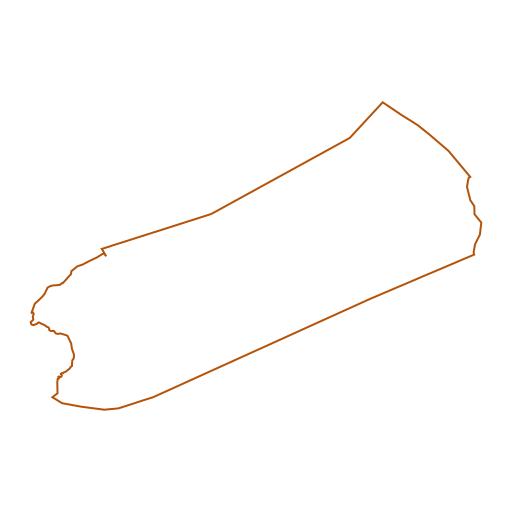 the district of San Martín Toxpalan, Oaxaca, Mexico
{"feature_id": "50627088B90534025673228", "entity_name": "San Martín Toxpalan", "entity_type": "district", "adm_level": 2, "iso_a3": "MEX", "parent_name": "Mexico", "parent_adm1": "Oaxaca", "projection": "mercator", "projection_center": [-97.067, 18.11], "detail": "fine", "context": "isolated", "style": "outline", "palette": "amber", "viewbox_px": 512, "rotation_deg": 0, "n_neighbors": 0, "source": "geoboundaries", "source_scale": "gbopen_adm2", "svg_char_len": 2168}
<svg xmlns="http://www.w3.org/2000/svg" viewBox="0 0 512 512"><path d="M474.2,254.6L473.6,252.4L474.1,249.6L475.0,244.4L475.9,242.6L479.9,234.6L481.3,222.6L475.7,215.7L474.5,214.2L474.3,206.2L470.3,200.2L467.0,186.9L468.0,180.7L468.7,177.8L470.2,176.9L448.6,151.0L428.9,134.1L417.6,125.1L400.9,114.6L382.7,102.3L349.8,137.9L312.1,158.6L211.2,214.0L146.0,234.8L111.4,245.8L110.7,246.1L109.5,246.5L106.6,247.4L101.8,248.9L106.2,256.3L104.6,254.3L104.4,254.0L104.0,253.6L102.4,254.0L97.0,257.4L90.6,260.4L90.4,260.5L84.8,263.4L82.8,264.5L77.4,266.3L72.3,270.4L71.5,271.0L70.8,274.4L68.8,276.5L66.6,279.0L62.7,283.2L62.1,283.1L61.9,283.3L61.1,283.9L60.6,284.3L60.1,284.7L59.3,284.9L58.5,285.0L56.5,285.2L55.9,285.3L53.8,285.3L50.5,286.0L47.6,287.6L46.3,290.3L44.9,293.3L44.3,294.2L43.0,295.9L41.5,297.5L41.1,297.9L36.9,301.8L36.0,302.6L34.8,303.7L31.6,312.7L31.7,312.9L32.6,312.6L33.0,312.6L33.5,313.5L33.7,313.8L32.8,316.6L32.9,317.4L33.3,319.4L33.0,320.0L31.6,321.3L30.7,322.1L31.1,323.8L31.9,324.7L33.4,325.1L34.6,324.7L36.6,324.0L37.8,323.0L38.6,322.4L39.1,322.5L41.0,323.5L44.9,325.3L47.2,327.0L48.1,327.2L49.0,328.2L49.2,328.6L49.2,330.0L50.4,330.8L51.1,331.1L53.7,330.8L53.9,330.9L55.6,333.2L56.0,333.5L57.5,333.9L60.2,333.5L60.7,333.5L66.1,335.2L67.1,335.6L67.3,335.7L67.5,335.9L67.6,336.0L71.2,343.5L71.9,348.7L72.7,351.1L73.5,353.1L73.8,354.1L74.0,356.6L73.6,358.4L73.5,358.8L73.3,358.9L72.3,360.3L72.0,364.9L72.0,365.9L71.8,366.0L71.7,366.1L71.2,366.5L70.3,367.6L70.2,367.6L69.9,368.4L66.7,370.9L65.3,371.9L64.9,372.1L63.6,372.5L63.3,373.0L63.2,373.1L61.7,373.2L60.8,373.8L60.9,374.1L61.7,375.0L61.8,375.4L61.5,376.4L61.1,376.8L60.6,377.0L59.1,376.6L58.8,376.5L58.5,376.6L58.3,376.9L58.9,377.9L58.8,378.6L58.5,378.7L57.7,378.9L57.3,382.0L57.5,393.3L52.4,397.2L62.1,403.2L81.3,406.7L104.3,409.7L118.3,408.4L120.5,407.7L127.3,405.5L128.9,405.0L134.6,403.2L135.8,402.8L136.2,402.6L140.9,401.1L144.5,399.9L147.2,399.1L153.1,397.2L293.7,333.5L314.4,324.1L370.3,298.8L374.8,296.9L382.9,293.4L389.6,290.6L396.3,287.7L399.2,286.5L405.8,283.7L417.7,278.6L423.3,276.2L430.9,273.0L456.8,262.0L458.8,261.1L474.2,254.6Z" fill="none" stroke="#b45309" stroke-width="2"/></svg>